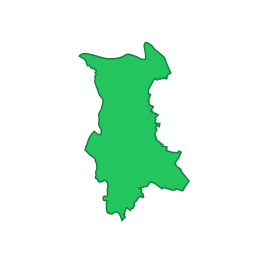 Phu Cu, Hưng Yên, Vietnam, rotated 214°
{"feature_id": "81297802B40785510400399", "entity_name": "Phu Cu", "entity_type": "district", "adm_level": 2, "iso_a3": "VNM", "parent_name": "Vietnam", "parent_adm1": "Hưng Yên", "projection": "albers", "projection_center": [106.192, 20.713], "detail": "fine", "context": "isolated", "style": "filled", "palette": "green", "viewbox_px": 256, "rotation_deg": 214, "n_neighbors": 0, "source": "geoboundaries", "source_scale": "gbopen_adm2", "svg_char_len": 5725}
<svg xmlns="http://www.w3.org/2000/svg" viewBox="0 0 256 256"><g transform="rotate(214 128 128)"><path d="M47.5,106.6L47.8,109.9L47.8,113.3L47.7,114.5L47.8,116.6L47.6,118.0L60.8,122.2L60.7,122.6L60.7,123.1L62.2,123.3L64.1,123.4L66.3,123.3L67.4,123.7L67.8,123.9L68.0,124.0L68.1,124.8L69.4,124.8L69.3,130.0L69.4,133.0L69.7,133.9L70.4,137.7L71.1,137.6L73.1,137.1L72.6,135.6L76.4,133.2L77.4,132.7L78.7,132.2L83.6,130.8L84.2,132.3L85.1,134.0L87.1,133.1L89.4,132.2L89.9,133.9L90.1,134.0L90.4,133.9L92.1,132.9L93.0,133.9L93.4,133.9L97.1,134.0L97.6,133.9L98.1,134.7L99.3,135.8L101.6,137.3L102.4,138.0L102.7,138.7L102.9,139.7L102.9,141.5L102.9,141.9L103.3,142.6L104.0,143.4L104.4,143.3L104.7,143.3L105.1,143.5L105.4,143.9L105.4,144.3L105.5,145.0L105.9,145.6L106.3,146.3L105.0,146.3L102.9,146.4L103.1,147.1L103.6,148.4L104.2,149.5L106.1,148.2L107.4,147.6L107.9,147.4L108.3,148.2L108.4,148.3L109.3,148.9L109.4,149.2L109.4,149.8L109.5,150.2L111.1,152.4L110.7,153.8L110.4,155.7L112.4,155.6L113.0,154.9L113.4,155.5L113.8,155.4L114.9,154.9L116.4,154.2L116.9,155.6L117.9,155.1L118.7,154.9L118.8,156.0L118.8,159.3L119.0,159.9L119.6,159.9L121.0,159.4L122.4,159.3L123.6,159.4L124.2,159.6L124.5,159.8L124.7,160.2L124.9,161.4L125.1,161.6L125.6,161.8L126.1,161.8L128.2,168.4L129.6,167.5L131.8,169.7L132.9,173.4L133.1,178.3L133.5,181.1L133.6,183.6L130.5,184.1L130.2,186.3L128.7,186.3L128.2,187.5L127.6,188.1L126.7,188.5L126.4,188.7L126.4,188.8L126.4,189.8L126.2,190.1L125.9,190.3L125.5,190.0L125.3,189.9L124.9,190.2L124.6,190.2L124.2,190.1L123.8,190.1L123.5,190.2L123.4,190.6L124.4,192.8L124.6,193.8L124.7,194.6L124.7,194.9L123.7,196.6L123.3,197.4L124.4,198.1L126.4,199.4L131.6,202.7L134.5,204.8L136.7,206.4L137.2,206.7L137.8,206.9L138.9,207.1L141.6,207.4L147.9,207.9L149.2,208.0L150.4,208.3L153.8,209.4L155.1,209.5L157.4,209.6L159.3,209.5L160.3,209.3L160.9,209.0L161.2,208.5L161.3,207.9L161.3,207.5L161.3,207.0L161.1,206.5L160.6,205.3L160.2,204.7L158.5,202.9L156.9,201.3L154.2,198.4L152.4,195.9L152.2,195.6L152.1,195.3L152.1,194.9L152.2,194.5L152.5,194.2L153.6,193.4L154.9,192.8L156.2,192.4L157.7,192.1L160.6,191.8L162.9,191.4L166.5,190.4L168.3,189.7L169.2,189.2L170.0,188.5L170.4,187.9L171.2,186.6L172.3,184.4L173.1,183.0L173.8,182.0L176.6,179.1L180.4,176.2L182.4,174.8L184.0,173.8L185.9,172.9L187.2,172.4L188.0,172.0L191.3,171.0L192.7,170.5L194.1,170.1L196.0,169.5L197.6,169.0L200.2,168.0L204.8,166.0L205.8,165.3L206.5,164.7L207.8,163.0L208.1,162.5L208.4,161.9L208.5,161.5L208.5,160.3L203.6,160.7L203.0,160.7L201.0,160.3L200.4,160.0L198.7,158.8L196.5,156.9L196.2,156.9L194.7,158.4L194.2,158.3L192.5,157.1L191.6,157.7L191.0,157.5L190.6,157.6L189.3,158.2L189.0,158.3L188.5,158.2L188.1,157.8L187.4,157.8L186.9,158.0L186.7,158.0L186.4,157.9L186.2,157.7L186.0,157.0L186.1,156.1L186.2,155.4L184.8,154.9L184.4,154.6L184.3,154.3L184.2,154.1L184.4,152.8L184.3,152.3L184.2,152.1L183.9,151.7L182.9,150.8L182.4,150.2L182.0,149.5L181.7,148.3L181.4,147.9L180.7,147.2L178.9,145.8L175.8,143.7L171.7,140.5L170.5,139.7L169.9,139.4L168.3,138.8L165.1,137.9L164.5,137.6L164.3,137.4L163.9,136.9L163.6,136.2L162.5,134.1L162.0,132.1L161.7,131.5L160.8,129.5L160.7,129.1L160.5,126.9L160.2,124.3L160.2,123.9L160.1,123.4L159.9,122.8L159.2,122.0L157.9,120.6L156.8,119.3L155.8,117.6L155.1,116.0L154.9,115.4L154.6,114.9L154.3,114.6L154.0,114.4L153.2,113.8L152.6,113.3L151.2,112.7L149.1,111.3L148.4,110.6L147.4,108.7L147.2,107.9L147.1,107.6L147.2,107.2L148.2,106.5L148.6,106.1L148.9,106.0L149.3,105.8L149.9,105.8L153.9,106.4L154.1,106.4L154.3,106.2L154.4,104.6L154.7,102.9L154.7,102.0L154.7,100.1L154.5,98.1L154.1,95.8L153.4,93.4L152.6,91.1L152.5,90.7L152.6,89.6L152.5,88.9L151.6,87.3L151.7,86.6L151.6,86.0L151.5,85.9L151.2,85.7L150.7,85.6L149.8,85.5L149.0,85.4L145.1,84.5L141.9,84.3L141.0,84.3L139.4,84.4L138.9,84.3L138.3,84.1L137.1,83.0L136.5,82.4L135.9,81.9L133.8,80.7L133.6,80.4L132.6,79.0L131.6,77.9L131.3,77.5L130.8,76.3L130.2,73.6L130.0,73.3L129.4,72.5L128.7,71.7L128.3,71.4L127.9,70.9L127.8,70.6L127.7,69.7L127.5,69.0L127.0,68.3L125.2,68.4L124.6,68.3L124.0,68.0L123.2,67.4L122.7,67.2L122.3,67.2L121.7,67.3L121.2,67.5L120.6,67.9L119.9,68.6L119.3,69.5L118.6,70.9L118.2,71.4L117.9,71.6L117.4,71.8L116.9,71.8L115.0,71.3L114.5,71.0L113.7,70.4L113.2,70.0L112.7,69.4L112.3,68.8L111.7,67.7L111.1,66.0L110.8,65.5L109.6,63.9L109.1,63.2L108.5,62.4L107.5,60.9L107.3,60.4L107.3,60.0L107.5,59.6L107.7,59.3L107.9,59.1L109.0,58.5L109.5,58.1L109.7,57.7L109.8,57.3L109.8,56.9L109.7,56.5L109.4,56.1L109.0,55.5L108.4,54.8L107.9,54.5L107.6,54.5L107.3,54.5L107.0,54.6L106.6,54.8L105.9,55.4L105.1,55.8L104.7,55.9L104.3,55.5L103.9,54.5L103.5,53.2L103.3,52.8L101.9,51.0L101.0,49.5L100.4,48.8L99.0,47.3L98.5,46.8L98.1,46.5L97.7,46.4L96.8,46.4L94.4,47.1L93.7,47.4L93.3,47.7L93.0,48.1L92.7,48.7L92.3,50.3L92.1,50.7L91.8,51.2L91.3,51.5L90.5,51.9L89.7,52.1L89.0,52.2L88.4,52.2L87.7,52.0L87.0,51.7L84.7,50.6L83.4,49.7L81.4,48.0L81.0,49.7L80.7,51.4L80.5,52.7L83.0,53.5L82.5,54.9L83.6,56.0L83.7,56.3L83.9,57.3L84.2,58.9L84.3,59.1L84.5,59.5L84.6,59.9L84.7,61.2L83.1,61.2L79.9,61.2L80.1,62.6L80.1,62.9L79.5,63.9L78.9,64.7L79.0,64.8L79.1,65.1L79.3,65.7L79.4,66.1L79.3,67.3L79.4,67.6L79.6,67.9L79.8,68.1L80.8,69.0L81.1,69.4L81.1,69.8L81.0,70.3L80.4,71.7L80.3,72.1L80.3,72.4L80.4,73.5L80.4,75.0L80.4,76.0L80.2,76.6L79.3,78.2L77.6,78.4L77.2,78.5L76.8,78.9L76.4,79.5L76.6,79.7L77.9,80.6L78.4,81.4L78.9,81.8L79.8,81.5L80.9,82.1L81.3,82.3L81.5,82.5L81.7,82.8L81.8,84.1L82.0,84.4L82.4,84.5L85.0,84.5L83.8,85.8L82.5,87.3L79.8,90.3L79.5,90.7L79.4,91.1L79.5,93.0L79.6,94.9L79.6,95.6L78.2,96.1L76.0,96.9L75.1,97.1L65.9,96.6L66.2,98.0L65.1,98.4L63.3,99.1L61.5,99.8L60.4,100.2L56.0,101.4L55.2,102.2L54.2,103.4L54.1,103.8L54.1,104.4L53.0,104.8L47.5,106.6Z" fill="#22c55e" stroke="#15803d" stroke-width="1.5"/></g></svg>